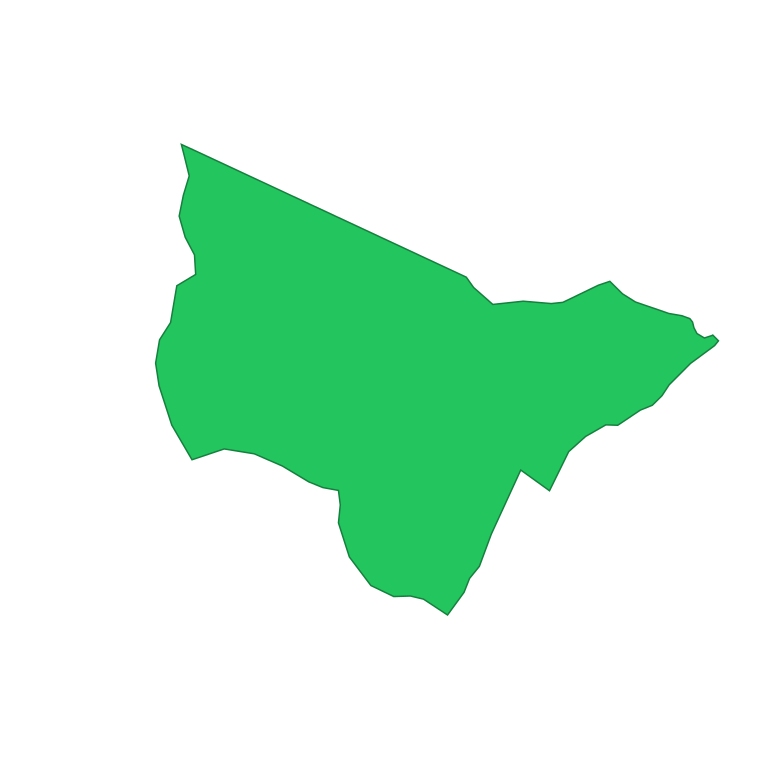 SVG path tracing the border of Isingiro, rotated 205°
{"feature_id": "UGA-3370", "entity_name": "Isingiro", "entity_type": "County", "adm_level": 1, "iso_a3": "UGA", "parent_name": "Uganda", "parent_adm1": "", "projection": "natural_earth1", "projection_center": [30.796, -0.839], "detail": "fine", "context": "isolated", "style": "filled", "palette": "green", "viewbox_px": 768, "rotation_deg": 205, "n_neighbors": 0, "source": "natural_earth", "source_scale": "10m", "svg_char_len": 998}
<svg xmlns="http://www.w3.org/2000/svg" viewBox="0 0 768 768"><g transform="rotate(205 384 384)"><path d="M106.7,567.3L99.1,564.5L100.6,558.5L114.9,532.2L125.2,503.8L127.1,490.9L131.8,478.2L140.7,468.6L154.7,445.4L165.7,440.7L179.1,421.7L188.0,400.8L188.9,357.2L223.7,363.8L223.3,293.4L220.5,259.0L224.3,244.0L223.4,229.0L228.8,201.5L257.3,205.7L270.5,203.0L285.3,195.5L310.7,195.8L342.3,212.6L366.6,238.9L372.5,255.9L380.3,268.3L395.6,264.3L410.7,263.5L441.4,266.7L472.1,265.9L501.4,257.6L526.0,234.2L558.9,257.0L587.1,287.3L599.8,306.4L606.1,329.2L603.4,349.5L613.3,385.5L601.0,403.7L610.3,420.9L626.2,433.0L640.6,449.6L645.6,470.2L648.5,490.3L661.7,506.7L668.9,515.5L654.1,515.6L526.8,515.6L399.5,515.6L354.6,515.6L343.5,509.3L319.0,502.1L292.8,517.9L266.4,527.6L256.4,533.6L231.5,564.1L222.7,572.5L205.9,566.5L190.8,564.6L155.7,568.3L142.8,571.8L134.4,572.5L130.5,570.5L126.9,566.0L121.7,562.0L113.1,561.1L107.5,566.3L106.7,567.3Z" fill="#22c55e" stroke="#15803d" stroke-width="1.5"/></g></svg>